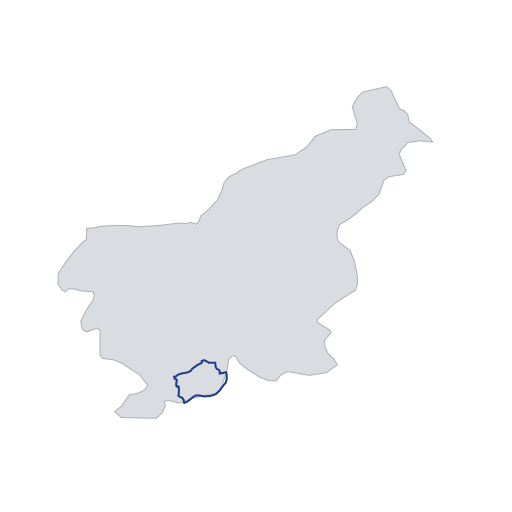 where Ilirska Bistrica sits in Slovenia, rotated 346°
{"feature_id": "SVN-954", "entity_name": "Ilirska Bistrica", "entity_type": "Municipality", "adm_level": 1, "iso_a3": "SVN", "parent_name": "Slovenia", "parent_adm1": "", "projection": "orthographic", "projection_center": [14.269, 45.573], "detail": "fine", "context": "in_parent", "style": "outline", "palette": "blue", "viewbox_px": 512, "rotation_deg": 346, "n_neighbors": 0, "source": "natural_earth", "source_scale": "10m", "svg_char_len": 2635}
<svg xmlns="http://www.w3.org/2000/svg" viewBox="0 0 512 512"><g transform="rotate(346 256 256)"><path d="M455.0,188.2L443.6,184.0L430.1,182.5L427.6,185.0L422.3,187.6L419.6,192.1L422.2,209.5L419.0,212.5L403.6,211.2L398.6,213.3L390.5,225.6L382.0,230.9L371.2,234.8L363.2,239.3L353.1,243.3L344.5,245.8L341.1,251.1L339.1,257.0L339.8,262.7L348.8,273.7L350.2,285.6L349.5,300.2L347.6,308.0L344.2,313.3L322.4,320.3L299.8,332.6L299.4,335.3L309.9,345.8L310.3,348.5L301.8,354.6L301.0,360.7L302.1,367.7L306.8,374.9L308.5,381.3L296.0,386.2L279.0,384.7L258.8,375.8L251.8,377.2L245.0,381.9L238.0,380.0L230.3,374.5L219.4,362.9L214.1,355.8L211.9,348.3L208.9,347.2L204.5,349.4L200.8,358.6L190.8,375.1L183.4,379.6L172.2,378.7L156.5,378.9L146.7,380.3L134.8,374.4L131.8,375.5L131.8,379.3L127.3,385.3L120.0,389.3L86.0,380.1L81.3,372.7L88.9,369.3L99.7,359.8L106.9,360.9L115.7,359.0L119.6,354.9L114.1,342.8L100.1,327.9L92.7,322.2L82.4,318.3L80.7,314.3L86.6,290.9L84.9,287.6L73.2,288.6L70.5,286.1L69.6,282.0L70.4,276.4L78.4,267.4L87.2,259.4L89.6,254.8L89.3,251.3L78.1,247.6L71.4,243.9L66.1,242.5L62.4,244.6L59.7,242.2L57.0,235.4L59.9,225.2L70.0,215.8L80.8,207.4L90.3,201.3L95.7,198.7L98.3,188.2L103.9,189.3L114.9,190.0L127.3,192.4L138.8,195.4L148.9,199.2L170.2,203.1L189.5,205.4L195.4,207.6L200.1,207.4L206.0,210.6L209.5,208.1L212.0,203.9L222.5,198.8L232.2,192.2L238.9,183.8L242.7,177.1L249.3,172.4L256.4,171.0L262.8,168.6L290.1,165.2L318.2,167.3L331.6,162.5L342.5,154.2L358.5,151.7L359.3,151.6L383.5,157.3L385.3,153.6L386.3,152.0L385.5,134.5L392.9,126.3L399.8,122.7L423.8,123.3L427.1,128.6L428.6,136.9L431.0,148.1L435.1,151.0L437.4,155.4L437.2,163.2L442.0,168.8L453.5,184.2L455.0,188.2Z" fill="#d9dde1" stroke="#a8b0b8" stroke-width="1"/><path d="M199.0,361.6L198.5,365.7L197.8,368.4L196.1,371.5L191.1,375.2L188.7,377.4L183.8,380.3L177.8,380.8L171.8,379.7L166.7,377.4L163.9,376.7L160.6,377.7L154.4,380.6L151.1,381.2L150.8,381.2L150.7,381.1L150.9,379.9L150.9,377.7L150.1,375.9L149.5,375.3L147.2,373.4L146.9,372.9L147.9,370.4L148.9,366.9L149.2,365.1L149.3,364.0L148.5,363.5L147.8,363.8L147.4,363.3L147.3,362.4L147.8,360.2L148.5,358.9L148.9,357.5L149.2,356.9L147.3,355.2L147.4,353.3L149.0,353.6L149.9,353.0L152.2,352.2L155.3,352.0L160.7,352.4L163.5,352.0L164.9,351.7L166.4,350.3L167.5,349.7L172.5,347.7L176.5,346.8L178.0,346.0L178.3,345.4L178.0,344.8L178.6,344.6L180.4,344.5L183.2,346.8L184.5,348.2L190.6,349.7L190.1,353.4L190.1,354.7L190.9,356.2L192.6,357.8L192.9,358.8L192.8,360.0L192.2,360.9L192.3,361.3L193.6,361.5L195.0,361.4L196.0,361.6L196.8,361.4L197.6,361.5L198.6,361.4L199.0,361.6L199.0,361.6Z" fill="none" stroke="#1e3a8a" stroke-width="2"/></g></svg>